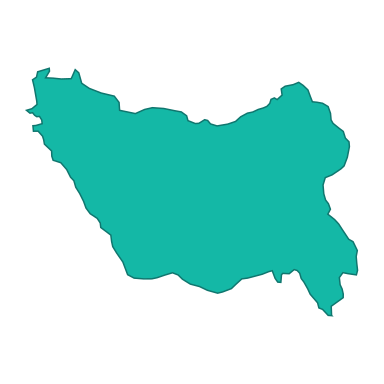 outline of Mari, Larnaca, Cyprus, rotated 181°
{"feature_id": "46923920B82704308183910", "entity_name": "Mari", "entity_type": "district", "adm_level": 2, "iso_a3": "CYP", "parent_name": "Cyprus", "parent_adm1": "Larnaca", "projection": "orthographic", "projection_center": [33.292, 34.734], "detail": "fine", "context": "isolated", "style": "filled", "palette": "teal", "viewbox_px": 384, "rotation_deg": 181, "n_neighbors": 0, "source": "geoboundaries", "source_scale": "gbopen_adm2", "svg_char_len": 2247}
<svg xmlns="http://www.w3.org/2000/svg" viewBox="0 0 384 384"><g transform="rotate(181 192 192)"><path d="M87.2,303.5L92.7,301.1L100.7,299.4L104.6,296.6L103.6,290.5L108.5,285.9L111.3,287.5L114.6,286.0L115.8,281.9L118.6,278.9L122.1,277.3L127.2,275.7L132.7,273.0L138.0,271.8L144.7,268.0L149.7,263.3L157.4,260.5L168.1,258.5L174.7,260.4L177.6,263.8L180.6,264.5L186.3,260.8L189.9,260.5L197.3,263.3L198.7,268.1L204.1,271.9L210.4,272.9L221.7,275.0L233.1,275.6L240.8,273.7L250.0,269.4L265.8,272.4L266.5,280.3L271.4,286.5L284.6,289.4L296.5,293.8L304.2,298.8L307.3,309.2L310.9,312.3L314.7,303.2L324.6,302.7L332.9,303.4L340.4,303.6L336.6,310.3L336.9,313.2L348.4,309.5L349.5,304.1L353.4,301.4L353.0,299.9L351.4,293.6L348.8,280.1L348.5,276.8L353.5,272.5L358.9,270.8L355.4,268.0L352.8,268.5L350.7,266.0L348.6,264.6L345.8,264.9L343.5,261.4L343.0,257.7L349.2,255.8L352.2,255.5L351.6,250.0L348.0,250.1L346.9,250.1L342.4,245.2L341.2,241.6L340.4,237.3L333.1,230.6L332.8,225.4L331.4,221.3L323.7,219.0L317.7,212.3L313.7,204.7L310.3,201.2L308.3,194.7L304.3,188.6L300.2,180.7L297.7,174.1L293.4,168.5L286.3,164.0L283.2,159.4L282.6,154.9L272.4,147.5L271.5,141.1L270.3,136.0L266.3,129.7L259.9,120.8L254.9,108.2L248.4,104.9L238.8,104.3L230.6,104.5L225.4,105.7L217.9,108.4L210.1,110.9L204.4,108.8L200.0,104.6L192.1,99.9L182.8,97.6L174.9,94.0L164.6,91.3L159.7,92.6L150.9,96.1L146.7,100.3L140.7,106.0L134.9,106.9L131.3,107.9L120.4,111.0L113.9,113.7L110.4,114.7L107.4,107.1L104.7,103.4L101.6,103.2L101.4,105.9L101.1,110.8L99.9,112.2L93.4,112.0L90.5,114.5L88.5,116.2L85.4,115.3L82.9,112.7L81.3,107.4L78.6,104.0L76.6,100.6L74.6,97.2L72.0,91.8L64.5,83.4L63.1,78.3L59.4,76.9L53.7,71.0L50.1,70.8L50.3,71.0L50.8,80.2L39.0,89.0L39.0,92.6L40.2,97.6L42.3,101.9L43.2,109.0L39.7,114.0L34.7,113.1L26.2,112.0L25.1,116.6L26.0,123.4L26.7,130.4L25.7,136.4L30.1,145.1L34.5,147.5L38.4,153.2L40.7,156.5L44.8,162.6L48.9,166.9L55.8,172.2L53.3,177.2L55.4,182.7L58.3,186.3L60.2,192.5L61.1,201.3L59.0,208.7L52.2,211.6L50.5,212.8L43.4,217.8L40.4,220.7L37.3,229.4L35.4,240.1L35.9,244.9L39.6,248.6L41.8,255.2L46.2,258.4L52.2,263.1L54.2,266.5L54.9,273.1L57.4,279.8L63.0,283.0L68.5,283.9L73.2,284.3L75.1,288.9L77.9,296.1L82.7,300.5L87.2,303.5Z" fill="#14b8a6" stroke="#0f766e" stroke-width="1.5"/></g></svg>